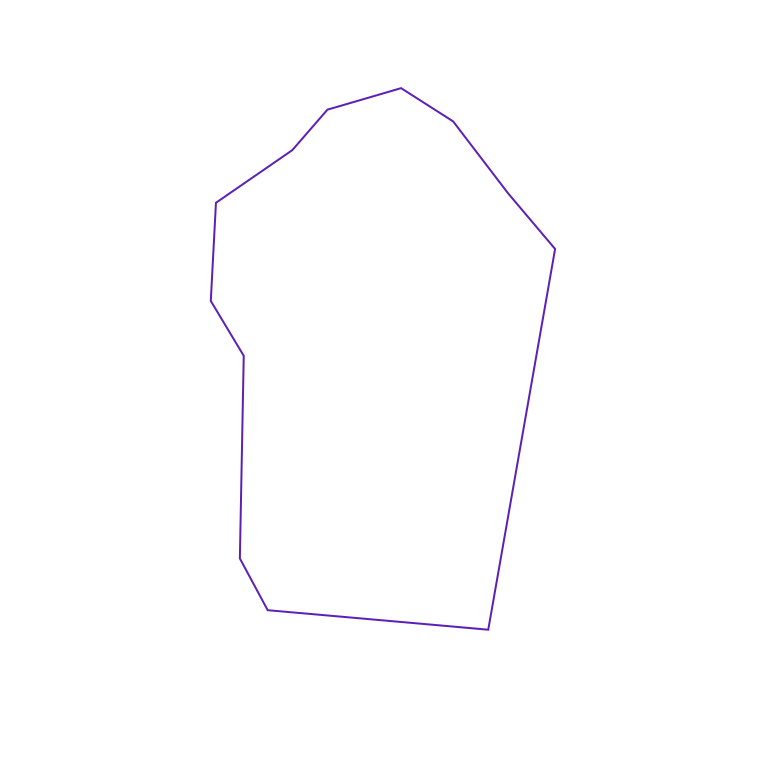 an SVG outline of Gaborone, rotated 149°
{"feature_id": "BWA-5501", "entity_name": "Gaborone", "entity_type": "City", "adm_level": 1, "iso_a3": "BWA", "parent_name": "Botswana", "parent_adm1": "", "projection": "robinson", "projection_center": [25.92, -24.612], "detail": "fine", "context": "isolated", "style": "outline", "palette": "violet", "viewbox_px": 768, "rotation_deg": 149, "n_neighbors": 0, "source": "natural_earth", "source_scale": "10m", "svg_char_len": 322}
<svg xmlns="http://www.w3.org/2000/svg" viewBox="0 0 768 768"><g transform="rotate(149 384 384)"><path d="M167.8,411.6L421.2,119.7L600.2,250.0L597.4,308.7L489.7,480.4L489.7,544.4L434.7,625.9L342.1,631.7L291.2,648.3L217.0,628.8L189.5,573.5L179.4,483.3L167.8,411.6Z" fill="none" stroke="#5b21b6" stroke-width="2"/></g></svg>